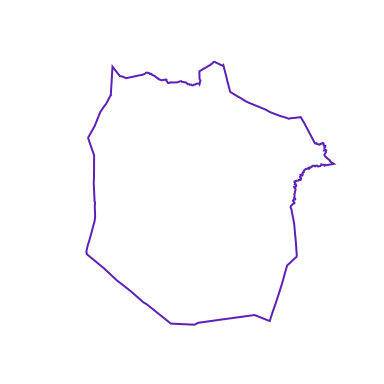 the district of San Esteban Atatlahuca, Oaxaca, Mexico, rotated 115°
{"feature_id": "50627088B77951750237496", "entity_name": "San Esteban Atatlahuca", "entity_type": "district", "adm_level": 2, "iso_a3": "MEX", "parent_name": "Mexico", "parent_adm1": "Oaxaca", "projection": "albers", "projection_center": [-97.721, 17.074], "detail": "fine", "context": "isolated", "style": "outline", "palette": "violet", "viewbox_px": 384, "rotation_deg": 115, "n_neighbors": 0, "source": "geoboundaries", "source_scale": "gbopen_adm2", "svg_char_len": 4516}
<svg xmlns="http://www.w3.org/2000/svg" viewBox="0 0 384 384"><g transform="rotate(115 192 192)"><path d="M277.1,83.4L276.1,67.0L267.6,68.1L256.7,69.2L238.1,71.5L222.7,74.1L218.2,74.7L215.7,73.6L212.5,72.3L209.8,71.3L206.5,69.8L204.6,70.5L199.4,73.5L198.9,73.7L198.7,73.8L191.8,77.7L185.2,81.6L177.9,85.8L176.7,86.6L170.9,90.8L167.9,93.0L166.1,94.2L164.2,96.2L163.0,96.4L162.2,96.2L161.3,95.9L159.9,95.3L159.1,94.5L158.5,94.5L157.1,96.9L155.6,96.3L155.2,95.4L154.7,95.4L154.3,96.0L154.1,97.0L153.0,97.1L152.0,97.5L151.4,97.9L150.6,98.4L149.8,98.2L149.2,98.5L148.4,98.9L147.0,98.9L146.5,99.1L145.8,99.2L145.1,100.3L144.9,100.8L144.3,101.5L143.9,100.9L143.7,100.5L143.1,100.2L142.5,100.1L141.8,100.4L141.7,100.7L141.6,101.1L141.5,101.4L141.6,101.8L141.3,101.7L140.8,101.8L140.5,101.9L140.4,102.3L140.4,102.6L140.0,102.9L139.8,103.3L139.4,103.6L139.0,103.5L138.8,103.0L138.3,102.8L138.1,102.3L137.7,102.1L137.0,100.9L136.4,100.1L136.1,100.1L135.7,100.2L135.3,99.8L135.2,98.7L134.2,98.6L133.5,98.9L133.2,99.4L133.0,100.1L132.5,100.5L132.0,100.1L130.7,100.9L130.4,100.2L129.8,100.0L129.7,99.5L129.9,99.0L129.2,99.1L128.5,99.6L127.6,99.8L126.7,99.1L126.3,99.5L124.9,99.4L123.7,99.0L122.6,98.0L121.9,97.1L121.5,95.8L120.9,95.9L120.7,96.4L120.3,96.1L120.5,95.4L120.3,95.2L119.6,95.1L118.9,94.2L118.2,94.0L117.6,94.0L117.1,93.3L116.7,92.9L116.7,91.1L115.6,90.6L115.3,90.1L115.4,89.6L115.5,89.0L115.6,88.4L115.1,87.9L114.1,86.5L113.8,86.4L112.3,86.5L112.1,84.9L111.8,84.2L112.1,83.2L111.6,83.0L111.8,82.8L106.6,75.4L106.0,79.4L105.3,80.1L104.9,81.0L104.4,83.4L104.3,83.7L104.0,84.0L103.5,86.3L103.3,86.7L103.1,87.0L102.3,87.8L101.0,87.7L100.2,87.5L99.4,87.5L98.6,88.0L98.2,87.8L97.5,87.9L97.6,89.2L98.2,89.8L97.4,89.9L96.4,90.3L95.6,90.9L94.7,90.3L93.9,90.6L94.3,91.7L94.0,92.4L93.5,92.6L93.2,92.8L92.7,93.0L92.5,93.5L92.2,93.7L92.3,94.4L93.1,94.5L93.9,95.8L95.2,96.3L95.2,97.3L95.5,97.7L95.7,99.0L95.2,99.5L95.2,100.1L95.8,100.6L96.0,101.1L81.8,119.8L78.2,125.1L82.0,131.2L83.6,134.0L84.6,135.0L84.8,137.1L85.0,138.9L85.4,141.8L85.7,142.8L86.2,148.7L86.6,154.9L86.6,155.9L86.2,159.8L86.5,167.1L86.9,174.6L87.1,177.8L87.0,182.2L86.3,187.7L86.0,192.0L85.1,199.7L81.4,202.8L79.9,204.0L76.6,206.8L76.0,207.4L75.1,207.9L74.9,208.1L73.5,209.3L73.1,209.6L72.3,210.2L71.7,210.7L71.1,211.2L70.7,211.5L70.2,211.9L69.9,212.2L69.5,212.5L69.1,212.9L68.5,213.3L68.0,213.7L67.4,214.3L66.9,214.6L66.6,214.9L66.0,215.4L65.6,215.7L65.0,216.2L64.5,216.6L63.8,217.2L64.6,217.4L64.6,218.4L64.6,219.3L64.7,220.0L64.6,221.0L64.6,222.3L64.6,223.0L64.5,226.5L64.6,227.0L65.1,227.2L65.4,227.4L65.5,227.4L65.7,227.6L66.3,227.8L66.8,228.0L67.1,228.2L67.4,228.3L67.6,228.3L67.8,228.5L68.1,228.7L68.5,228.8L68.9,229.0L69.1,229.1L69.4,229.3L69.9,229.6L70.1,229.9L70.4,230.0L71.0,230.4L71.6,230.9L72.2,231.3L72.5,231.5L73.0,231.8L73.4,232.1L74.3,232.7L75.2,233.4L76.0,233.9L76.9,234.5L77.2,234.8L77.8,235.1L78.7,235.8L79.5,236.3L79.9,236.2L80.5,235.8L81.3,235.5L81.6,235.3L82.3,235.0L82.7,234.7L83.2,234.5L83.4,234.4L83.8,234.2L84.4,233.9L85.2,233.6L85.5,233.4L86.1,233.1L86.3,232.9L86.5,232.7L86.8,232.5L87.0,232.2L87.2,231.6L91.0,230.8L90.6,231.3L91.1,232.3L91.9,233.6L93.2,234.5L93.7,235.4L94.9,236.1L95.3,237.2L95.0,238.2L95.8,239.5L95.6,240.0L95.6,240.5L96.0,241.0L96.0,241.5L95.3,243.8L95.7,245.0L96.4,247.9L96.1,248.7L96.5,249.3L98.9,251.8L100.9,255.7L100.9,256.2L101.8,257.3L101.7,257.9L103.2,259.3L103.4,259.8L102.5,261.2L102.1,262.1L101.0,262.6L101.0,263.1L102.0,264.5L103.5,266.5L103.7,268.4L103.9,269.4L103.4,270.4L103.7,271.1L103.3,271.6L103.1,273.3L102.6,274.9L102.7,276.7L102.7,278.1L102.1,278.6L102.8,280.0L102.3,280.7L102.7,282.7L103.0,283.7L104.9,284.8L106.2,285.9L116.6,299.7L116.8,304.1L117.4,306.4L112.0,317.0L137.9,306.8L138.3,306.4L138.5,306.6L148.6,307.1L150.5,307.6L153.5,308.2L158.3,308.9L173.5,308.1L186.4,309.1L187.1,308.7L187.7,308.4L188.0,308.0L193.7,302.5L200.0,296.3L203.6,294.6L205.9,293.6L208.5,292.4L211.4,291.0L216.1,288.9L217.5,288.3L219.2,287.4L222.9,285.9L225.3,284.9L230.1,282.4L234.3,280.2L237.0,278.8L238.6,277.9L240.2,277.1L241.4,276.5L242.0,275.9L242.5,275.5L243.2,275.1L245.8,274.2L248.6,272.8L250.1,272.0L252.9,270.6L255.7,269.2L259.5,268.0L260.5,267.8L264.2,267.2L265.9,266.9L268.0,266.5L271.2,265.9L273.7,265.5L275.4,265.2L282.0,264.2L282.9,264.2L286.9,263.4L287.6,263.2L290.3,262.7L292.8,261.1L292.8,260.8L292.9,260.7L298.3,239.8L303.8,222.9L307.6,206.4L309.4,200.1L312.5,189.6L312.9,185.6L320.2,155.5L311.2,133.6L308.0,131.2L296.7,113.8L277.1,83.4Z" fill="none" stroke="#5b21b6" stroke-width="2"/></g></svg>